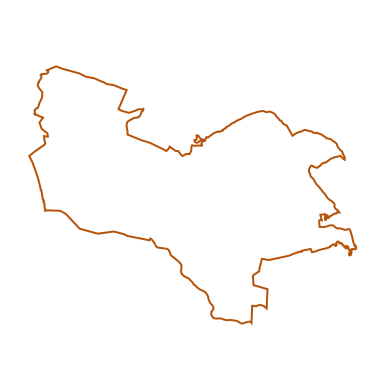 outline of Dumbravesti, Prahova, Romania, rotated 86°
{"feature_id": "2599482B52367928700528", "entity_name": "Dumbravesti", "entity_type": "district", "adm_level": 2, "iso_a3": "ROU", "parent_name": "Romania", "parent_adm1": "Prahova", "projection": "mercator", "projection_center": [25.982, 45.089], "detail": "fine", "context": "isolated", "style": "outline", "palette": "amber", "viewbox_px": 384, "rotation_deg": 86, "n_neighbors": 0, "source": "geoboundaries", "source_scale": "gbopen_adm2", "svg_char_len": 5897}
<svg xmlns="http://www.w3.org/2000/svg" viewBox="0 0 384 384"><g transform="rotate(86 192 192)"><path d="M196.0,340.1L200.6,339.7L200.2,337.7L201.5,325.0L204.9,319.5L220.8,306.6L227.0,288.9L226.0,273.2L226.1,272.4L229.2,263.1L231.4,259.3L235.6,243.6L237.3,237.8L235.5,236.8L236.6,235.4L239.7,233.4L243.3,231.8L244.7,230.7L245.0,229.9L245.6,227.5L246.6,222.2L247.1,220.7L248.1,219.4L250.8,218.3L253.7,217.5L256.3,214.5L260.9,209.8L262.2,208.7L264.0,207.8L265.0,207.6L270.9,208.5L272.8,207.9L273.8,207.3L275.7,205.4L277.3,202.4L278.7,200.5L280.2,199.7L282.2,197.7L284.0,197.0L284.7,196.4L285.7,195.0L287.7,193.4L289.5,191.3L292.4,186.3L294.2,184.7L297.8,183.1L300.2,183.0L303.3,181.8L304.5,181.3L305.7,180.0L308.4,178.7L310.5,178.8L312.7,180.9L315.1,181.4L317.5,180.6L319.2,179.3L319.5,178.7L319.9,176.8L320.1,172.4L320.4,171.4L321.7,168.5L322.0,167.1L322.4,166.1L322.3,162.2L323.1,159.1L323.6,156.5L325.9,153.1L326.8,151.2L326.8,150.6L326.0,148.1L325.3,144.5L325.5,143.2L326.1,142.2L326.7,141.8L309.7,139.9L310.5,136.1L310.4,135.5L309.6,134.0L309.5,131.5L309.9,130.2L311.0,128.1L313.4,125.6L294.2,123.5L289.2,137.1L279.8,137.1L279.5,136.9L276.3,131.5L276.0,130.6L272.3,129.8L263.5,126.9L265.2,120.0L265.0,118.2L262.2,99.1L260.7,95.0L259.8,91.4L259.3,90.3L259.0,86.4L258.3,86.5L257.1,77.6L260.4,76.5L260.1,73.6L258.7,69.4L258.5,67.7L258.2,66.4L257.5,62.0L256.6,58.2L255.9,58.1L255.5,57.6L255.2,56.4L254.3,55.5L254.2,54.8L254.0,54.3L254.0,54.1L254.7,53.6L254.5,52.7L255.8,52.5L255.8,52.0L255.1,51.5L253.1,51.6L252.1,51.1L251.8,50.8L251.7,50.2L251.8,49.1L253.1,48.7L253.7,48.3L253.7,48.0L253.2,47.0L253.7,46.1L255.0,45.8L255.2,45.7L255.2,45.1L255.5,44.7L257.1,44.3L257.4,43.5L258.9,42.7L259.0,42.0L258.6,41.8L258.4,41.9L258.4,42.4L258.2,42.8L257.5,43.1L256.9,42.9L256.7,42.3L256.9,41.7L256.8,41.1L256.9,40.6L258.3,40.5L258.3,39.8L260.3,39.7L260.5,38.8L262.0,38.8L262.4,38.5L263.6,38.9L264.1,39.6L264.6,39.8L265.2,39.8L266.2,39.3L265.7,37.7L264.8,37.9L263.8,37.1L263.3,37.2L260.1,36.5L260.0,35.3L260.6,33.8L260.6,33.1L260.0,32.2L258.8,32.1L257.0,32.5L256.6,32.8L256.6,33.2L257.6,33.1L257.6,33.5L254.9,34.0L253.2,34.7L252.0,34.7L247.1,35.5L242.2,36.6L240.0,37.6L240.1,39.2L240.5,42.1L238.6,46.7L238.6,49.1L238.4,49.9L237.1,51.7L235.5,53.0L235.0,54.0L235.0,57.3L235.9,60.5L236.1,62.9L235.7,67.2L229.3,67.2L229.0,65.5L229.3,64.5L223.7,65.5L223.4,60.9L226.1,60.9L226.2,61.1L228.4,61.3L229.2,61.0L229.1,60.3L226.1,60.1L225.6,59.9L224.5,58.8L224.6,58.5L225.4,58.3L227.4,58.3L227.4,57.6L227.0,57.0L225.7,55.8L224.9,53.7L223.5,51.8L223.4,51.5L223.6,50.6L223.2,49.0L222.6,49.0L222.3,48.4L222.6,46.5L220.3,47.9L219.1,49.6L217.5,50.7L216.7,50.9L214.4,50.6L213.5,51.0L211.1,53.0L208.7,56.1L207.4,57.3L203.6,59.3L200.4,61.9L199.5,62.3L197.8,63.7L196.9,64.2L196.3,64.3L194.4,66.1L192.4,67.7L189.7,68.8L186.9,70.4L185.4,72.0L184.7,72.5L183.5,72.9L182.0,72.8L180.6,73.8L178.4,73.9L175.7,72.7L174.1,71.4L174.0,70.6L174.2,70.2L175.4,68.6L176.0,67.4L176.3,66.5L176.5,65.1L174.5,62.1L173.0,60.5L172.5,59.7L172.1,58.5L172.1,57.2L171.8,56.4L170.9,54.8L168.6,51.4L167.2,46.8L167.0,45.0L166.3,42.0L166.9,40.9L169.7,38.5L170.5,37.4L169.0,37.2L167.3,37.5L164.8,38.7L161.9,39.5L160.7,41.0L158.4,42.7L155.9,44.0L154.7,44.0L153.1,45.1L151.5,46.9L150.7,48.1L149.0,49.8L148.6,51.4L147.9,53.1L147.8,54.2L146.9,54.7L145.8,56.0L144.9,57.4L144.0,58.4L142.9,60.3L142.6,61.6L141.7,62.6L141.9,64.8L141.3,66.0L141.2,67.1L140.3,67.9L139.8,68.6L139.4,71.0L138.3,73.2L138.4,74.4L138.0,75.2L138.0,75.8L139.4,79.2L139.8,81.3L140.6,83.9L141.3,85.3L142.1,86.2L142.9,87.8L132.3,92.9L132.0,93.6L130.4,96.1L128.9,97.2L127.2,97.9L126.5,99.6L124.4,100.8L122.7,102.6L120.8,103.3L119.5,104.5L117.2,108.5L117.5,110.7L117.5,112.0L117.3,112.7L116.3,115.0L116.1,116.4L116.6,121.0L116.8,121.4L118.4,128.2L119.0,129.7L119.4,131.4L121.0,135.2L122.7,138.4L123.2,140.4L124.9,144.1L125.6,145.0L126.1,147.0L128.0,149.7L129.6,153.1L129.8,153.6L130.3,153.5L131.8,156.1L132.1,157.1L132.9,157.0L133.9,160.9L133.9,161.4L133.4,161.7L134.5,165.3L135.4,167.0L138.8,172.3L138.2,173.8L139.1,174.2L140.1,175.0L141.4,175.1L142.1,176.2L142.0,176.5L141.7,176.9L140.8,176.9L140.5,177.2L140.3,178.2L140.0,179.0L138.9,180.2L137.0,181.2L136.0,182.3L135.7,183.1L136.3,183.6L137.9,183.3L139.0,183.5L140.1,184.2L140.3,184.6L140.2,185.6L140.5,186.0L141.8,185.8L142.5,185.4L143.0,184.6L143.2,183.1L142.9,182.3L141.8,181.3L141.4,179.4L141.5,178.7L141.7,178.4L142.6,178.1L144.5,179.3L145.1,179.3L146.0,178.7L146.4,178.8L146.5,179.3L146.1,182.1L146.1,186.5L145.8,187.5L145.5,187.9L145.4,188.7L146.2,189.2L151.2,190.0L152.9,191.3L154.0,191.8L153.7,195.1L155.5,199.0L153.8,200.5L150.5,202.7L150.2,203.2L149.9,205.4L145.2,211.1L147.1,212.2L149.4,214.7L147.8,217.0L139.8,230.9L137.1,238.2L130.2,252.3L126.8,252.1L121.4,252.7L118.4,252.0L117.6,251.5L116.3,249.7L114.8,245.9L114.1,245.1L114.0,244.1L114.0,242.1L113.8,240.9L113.2,239.6L112.2,238.5L108.4,236.5L107.2,235.0L106.2,234.8L105.7,234.8L106.1,236.6L105.7,239.0L105.8,240.1L106.8,242.4L108.4,248.1L108.6,249.5L106.3,256.1L104.2,259.5L85.7,250.1L84.0,254.4L80.4,261.6L79.7,263.4L78.4,269.4L75.9,273.3L75.1,275.3L71.9,281.2L71.1,283.9L69.7,289.5L69.2,290.5L67.4,293.4L65.6,296.7L60.1,312.5L57.2,318.7L60.5,328.3L61.8,326.9L62.8,327.2L63.8,328.5L63.9,331.4L63.7,332.9L64.4,334.6L64.8,334.9L65.9,334.1L67.3,334.3L68.7,335.1L71.1,337.0L72.1,337.1L72.6,338.0L74.5,338.4L77.0,337.8L82.1,334.3L86.5,334.8L88.3,335.5L93.1,338.2L97.1,339.7L97.5,340.3L97.7,341.6L98.5,342.1L99.1,343.1L100.7,343.4L102.1,342.9L103.2,343.9L103.8,343.4L104.3,341.4L105.8,338.9L107.4,335.4L112.1,339.3L118.5,337.6L123.3,332.2L126.7,331.9L126.7,332.7L125.9,335.8L129.0,335.7L132.7,335.1L133.7,335.2L134.4,335.7L135.0,336.5L140.7,346.1L144.7,351.9L150.7,349.3L159.2,346.8L167.7,344.6L176.0,343.1L179.6,342.7L179.6,342.3L180.3,342.1L188.8,341.3L189.4,341.0L190.1,340.3L191.5,341.0L192.0,340.8L192.8,340.1L196.0,340.1Z" fill="none" stroke="#b45309" stroke-width="2"/></g></svg>